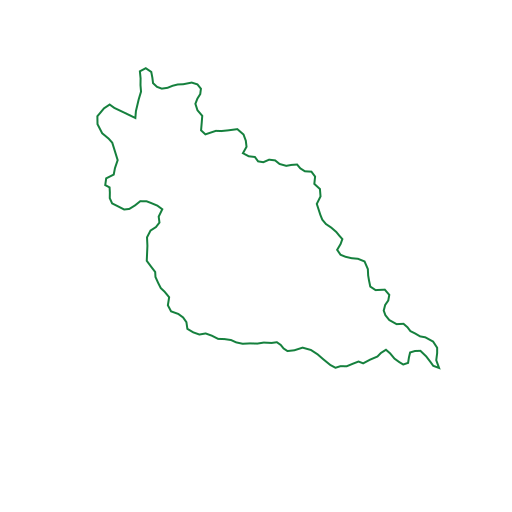 Munhoz, Minas Gerais, Brazil (Mercator projection), rotated 41°
{"feature_id": "56859067B13523271218385", "entity_name": "Munhoz", "entity_type": "district", "adm_level": 2, "iso_a3": "BRA", "parent_name": "Brazil", "parent_adm1": "Minas Gerais", "projection": "mercator", "projection_center": [-46.3, -22.635], "detail": "fine", "context": "isolated", "style": "outline", "palette": "green", "viewbox_px": 512, "rotation_deg": 41, "n_neighbors": 0, "source": "geoboundaries", "source_scale": "gbopen_adm2", "svg_char_len": 2387}
<svg xmlns="http://www.w3.org/2000/svg" viewBox="0 0 512 512"><g transform="rotate(41 256 256)"><path d="M49.6,186.6L47.2,192.8L52.4,197.7L56.7,202.8L61.4,207.4L64.7,214.7L70.3,225.4L74.4,231.0L58.7,235.3L51.9,237.2L46.2,237.7L44.4,244.3L44.6,254.6L49.9,260.5L59.4,264.3L67.9,264.1L73.2,264.8L88.7,274.4L91.9,282.2L95.2,287.9L92.0,295.7L95.7,301.4L100.5,300.3L104.0,303.9L107.7,308.3L112.9,310.7L119.5,309.0L126.0,307.4L129.5,303.6L131.5,297.2L132.7,290.6L137.5,286.5L141.9,284.9L148.5,282.7L154.6,282.2L156.7,290.1L161.2,294.1L161.5,299.8L159.7,306.0L161.5,313.4L167.4,319.6L171.7,325.0L176.7,331.3L184.0,332.9L190.4,334.2L193.9,337.8L199.8,340.5L205.2,342.7L210.3,342.9L217.5,344.1L221.8,351.0L228.2,353.5L235.4,350.7L241.3,350.2L246.9,351.6L252.0,356.0L258.7,354.8L264.8,352.4L268.8,347.5L275.0,345.1L281.8,343.4L286.7,339.4L292.3,335.8L297.7,334.2L303.5,331.0L308.8,325.9L314.5,321.2L318.6,316.3L324.8,311.4L328.3,307.4L333.0,306.9L337.5,307.7L342.1,307.1L346.8,302.0L351.3,294.6L359.1,290.9L367.0,289.8L374.5,289.8L383.6,289.5L389.3,288.2L392.0,283.8L396.8,279.7L399.8,273.7L402.6,268.4L407.3,266.7L410.1,259.4L413.6,252.2L413.9,247.2L415.6,241.5L421.1,241.5L427.8,242.6L433.6,242.1L438.3,241.3L440.9,236.9L437.9,232.1L435.6,227.7L438.3,223.4L442.3,219.7L450.3,220.1L457.1,221.5L461.8,222.6L467.6,220.4L460.4,216.4L456.4,210.4L452.9,206.4L445.8,204.4L437.1,206.3L432.6,209.0L426.8,210.1L421.8,211.4L417.1,210.4L411.8,210.4L406.8,215.2L398.6,216.9L392.5,215.8L388.2,213.4L385.6,208.2L385.0,202.8L382.1,197.9L375.3,196.9L368.6,203.3L362.3,204.1L357.3,200.3L353.4,197.1L349.0,192.5L341.5,188.9L334.8,191.2L329.5,195.0L324.0,197.9L319.0,199.6L313.2,198.1L312.0,191.5L310.1,186.6L305.5,186.0L300.8,185.2L294.2,185.2L287.8,186.0L282.2,185.1L277.5,182.7L273.2,180.1L267.7,176.8L265.6,168.7L260.3,163.5L252.7,163.3L248.5,157.3L242.5,156.0L237.3,160.0L231.9,160.8L227.0,160.0L223.0,164.0L219.7,168.1L213.4,171.1L207.7,171.3L202.7,174.7L200.0,180.4L195.5,183.2L190.2,182.0L185.1,185.5L178.7,187.0L177.2,179.8L172.7,175.7L166.9,172.5L158.7,172.5L152.5,179.5L147.9,184.4L143.6,187.9L140.7,192.8L138.0,197.4L132.1,197.2L127.5,190.9L123.5,185.5L116.2,184.4L110.4,180.9L108.5,175.6L107.7,170.4L104.7,165.9L99.2,164.9L93.7,167.3L88.4,174.1L84.4,177.9L81.4,182.2L78.9,187.1L75.1,191.5L70.3,193.3L64.9,193.1L60.9,189.5L56.2,185.8L49.6,186.6Z" fill="none" stroke="#15803d" stroke-width="2"/></g></svg>